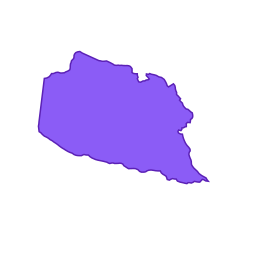 Dom Basílio, Bahia, Brazil (Equal Earth projection), rotated 133°
{"feature_id": "56859067B28125703872164", "entity_name": "Dom Basílio", "entity_type": "district", "adm_level": 2, "iso_a3": "BRA", "parent_name": "Brazil", "parent_adm1": "Bahia", "projection": "equal_earth", "projection_center": [-41.73, -13.831], "detail": "fine", "context": "isolated", "style": "filled", "palette": "violet", "viewbox_px": 256, "rotation_deg": 133, "n_neighbors": 0, "source": "geoboundaries", "source_scale": "gbopen_adm2", "svg_char_len": 2977}
<svg xmlns="http://www.w3.org/2000/svg" viewBox="0 0 256 256"><g transform="rotate(133 128 128)"><path d="M191.3,190.5L190.9,188.5L191.1,186.2L191.0,183.7L190.2,181.2L189.8,179.3L189.6,176.9L189.0,174.7L188.8,172.5L188.4,170.4L188.1,168.1L188.0,166.3L187.8,164.3L187.5,162.4L187.1,160.6L186.7,158.4L186.1,155.8L185.4,153.7L184.5,151.7L184.2,149.3L183.4,147.4L182.4,145.9L181.2,144.5L180.0,143.2L178.6,142.7L177.4,142.1L176.3,140.2L174.8,138.5L174.9,136.3L174.5,133.9L173.9,132.3L173.2,130.3L172.0,128.0L170.7,125.9L169.9,124.6L169.0,123.1L168.2,121.6L167.4,120.2L167.0,118.5L166.4,117.1L164.8,116.1L163.8,115.1L163.0,113.5L161.7,112.2L160.6,111.1L159.4,110.1L158.4,108.8L157.9,107.2L158.4,105.4L157.9,102.5L157.4,99.9L156.0,98.5L154.7,97.2L153.7,96.2L152.6,94.8L151.7,92.4L151.8,89.9L151.2,88.2L150.1,87.0L149.0,85.9L147.9,85.2L146.5,84.9L144.8,84.1L143.0,82.5L141.4,80.2L140.5,78.8L139.0,76.9L137.4,75.2L138.1,73.0L138.0,70.8L137.6,69.2L137.3,67.1L138.1,65.6L138.9,64.2L137.9,62.2L136.2,61.7L134.7,61.0L133.6,59.2L132.5,57.9L133.1,55.7L132.1,53.1L130.5,50.4L129.4,48.4L128.5,47.0L127.0,46.8L125.9,45.6L125.1,44.2L123.4,43.4L121.8,43.1L120.5,41.0L119.6,39.7L118.6,38.6L116.9,38.6L114.9,38.6L114.2,37.5L113.7,35.1L112.2,33.0L111.9,35.0L111.3,36.9L111.9,39.2L112.5,41.6L112.9,44.9L112.4,47.7L112.4,50.5L112.4,52.5L112.0,54.8L111.5,56.5L110.5,57.7L109.3,58.9L108.4,60.3L107.7,62.0L106.7,64.0L105.6,65.7L103.9,66.7L102.4,66.9L101.2,68.2L100.7,70.4L100.5,73.0L99.9,75.6L99.1,77.6L98.0,80.0L96.7,82.2L95.4,84.0L96.6,85.5L97.2,87.7L96.5,89.1L95.0,89.6L93.8,87.5L92.3,87.7L91.2,88.6L89.9,87.5L88.5,87.2L87.2,86.3L86.1,87.3L85.1,88.4L83.3,88.3L81.7,86.2L80.2,87.2L79.1,88.1L77.5,87.7L75.8,88.2L74.4,89.5L73.1,91.3L73.4,93.2L73.4,95.0L73.5,97.0L74.4,98.3L74.4,100.5L74.1,102.5L73.5,103.9L72.7,105.2L72.7,107.0L72.5,109.3L70.8,109.5L70.6,111.4L70.4,113.1L70.4,115.3L68.8,116.7L68.2,118.2L67.2,119.9L66.0,121.2L65.0,122.8L64.7,124.9L70.3,126.4L70.4,128.1L69.3,130.1L68.5,132.3L67.8,134.7L68.2,138.0L69.6,140.4L70.2,143.1L71.0,144.7L71.8,146.1L72.7,147.5L73.4,149.3L74.8,149.6L75.9,151.4L77.2,150.4L77.3,148.3L77.6,145.9L78.9,146.1L80.6,147.5L82.1,147.8L83.3,149.1L84.8,149.6L86.0,150.1L86.9,151.6L86.3,153.4L85.5,154.9L84.1,155.2L83.1,157.1L82.0,158.2L83.2,159.5L84.4,161.2L84.7,162.9L83.3,164.1L81.8,165.6L81.4,168.2L81.9,169.8L82.9,171.2L84.0,172.3L85.4,173.9L86.8,175.8L87.8,176.6L88.7,178.0L90.1,179.2L91.3,180.8L91.5,182.4L92.3,185.4L93.0,187.6L93.6,189.4L95.5,191.0L96.9,192.5L97.7,194.0L98.6,195.3L104.4,212.6L104.9,215.4L106.7,216.8L108.5,217.6L110.4,217.5L111.8,216.9L112.9,215.9L114.3,215.1L116.0,215.2L117.6,215.1L118.8,214.3L120.3,213.8L121.8,212.7L123.6,211.1L125.1,210.3L126.7,210.6L128.0,211.1L129.4,211.8L131.0,212.2L132.8,213.8L133.8,214.8L135.0,217.3L136.6,218.6L138.3,219.3L139.4,220.0L140.3,221.0L142.2,220.7L144.1,220.6L145.5,221.0L147.0,221.6L148.8,223.0L184.3,197.2L185.4,196.3L187.8,194.7L191.3,190.5Z" fill="#8b5cf6" stroke="#5b21b6" stroke-width="1.5"/></g></svg>